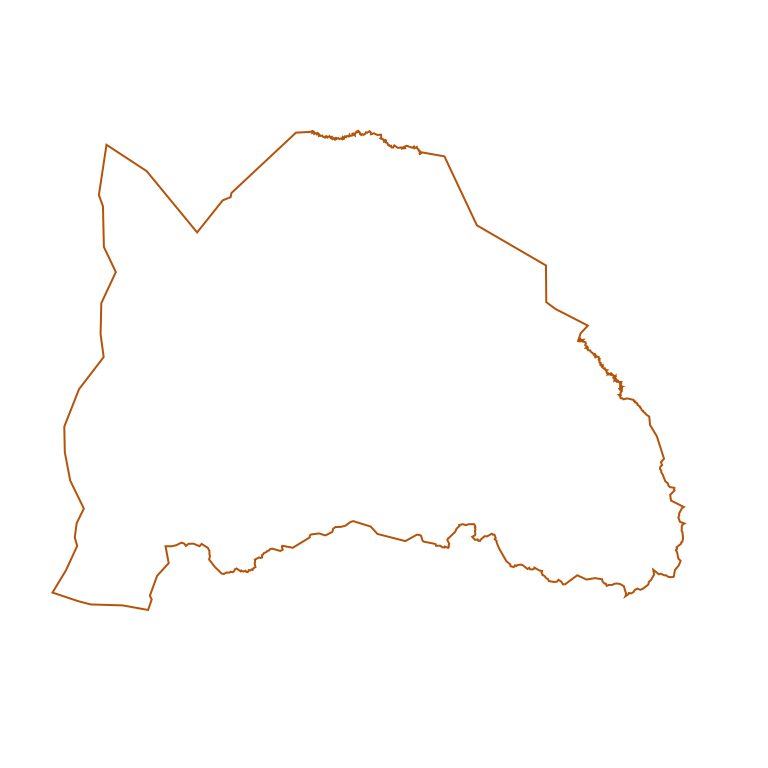 Xalx gol, Dornod, Mongolia (Albers equal-area conic projection), rotated 6°
{"feature_id": "93677404B3085807680593", "entity_name": "Xalx gol", "entity_type": "district", "adm_level": 2, "iso_a3": "MNG", "parent_name": "Mongolia", "parent_adm1": "Dornod", "projection": "albers", "projection_center": [119.062, 47.201], "detail": "fine", "context": "isolated", "style": "outline", "palette": "amber", "viewbox_px": 768, "rotation_deg": 6, "n_neighbors": 0, "source": "geoboundaries", "source_scale": "gbopen_adm2", "svg_char_len": 6147}
<svg xmlns="http://www.w3.org/2000/svg" viewBox="0 0 768 768"><g transform="rotate(6 384 384)"><path d="M76.1,626.1L102.4,631.9L115.3,633.9L147.1,631.5L173.0,633.4L175.5,622.6L173.3,619.1L178.4,598.5L188.6,584.7L183.7,568.2L189.7,567.6L194.4,566.0L198.9,563.0L201.9,563.5L204.0,565.7L206.2,563.4L211.2,562.7L217.5,564.6L219.3,562.1L226.0,565.4L227.8,568.2L228.3,572.0L229.0,573.3L228.4,576.8L235.1,583.8L242.4,589.5L244.6,589.7L247.0,588.0L250.2,587.7L251.0,586.7L253.0,587.0L254.2,586.2L255.2,583.8L256.6,582.9L261.1,585.3L261.5,584.4L263.6,585.3L265.7,584.2L266.9,585.3L268.1,585.3L269.0,583.2L270.3,583.5L271.4,582.3L272.8,582.6L273.2,581.1L275.3,579.5L274.1,575.9L274.4,573.9L273.9,572.2L277.9,569.5L279.7,569.9L280.9,569.2L280.7,566.7L281.6,566.2L282.2,564.7L284.7,563.4L285.0,562.6L287.2,561.4L287.9,560.2L290.1,559.4L298.3,560.9L300.6,559.4L299.4,556.4L299.8,555.5L310.4,556.4L326.1,544.4L326.1,542.3L327.4,541.2L335.1,539.4L341.2,540.7L342.4,540.2L348.1,536.5L348.5,533.4L350.5,531.4L355.9,530.6L360.4,529.0L365.1,524.7L367.7,523.6L385.8,527.2L393.1,533.8L421.7,538.0L432.3,530.5L435.1,530.3L436.8,531.2L438.6,535.6L439.9,536.6L450.7,537.6L452.2,538.0L452.7,539.5L456.6,538.9L459.2,540.3L461.2,540.3L461.5,539.3L464.9,540.3L465.6,539.1L465.1,537.7L465.6,536.1L463.3,532.6L463.5,531.5L470.2,523.6L471.3,520.3L473.8,517.4L473.5,516.4L477.0,515.2L480.4,515.8L483.2,514.5L488.4,514.0L489.9,516.6L489.4,517.1L490.2,519.3L489.8,520.2L490.5,523.5L490.3,524.9L487.7,526.8L490.9,529.5L493.5,528.8L494.0,530.0L495.9,530.1L496.3,528.8L499.9,524.9L502.7,524.6L506.9,521.6L508.2,522.5L509.6,522.3L511.2,525.5L510.3,526.7L512.5,528.4L512.6,529.9L515.6,535.4L524.2,547.4L528.5,550.3L528.8,552.0L532.2,552.5L533.3,550.6L534.5,551.3L535.5,550.2L538.9,549.3L541.1,549.8L546.1,553.0L547.7,551.6L548.6,553.0L551.1,552.9L552.7,552.0L552.8,550.9L558.2,553.3L560.7,553.4L560.4,555.3L561.5,556.6L561.5,557.4L563.5,558.0L565.8,560.3L567.3,560.7L568.6,562.8L574.3,563.1L576.8,562.4L578.1,560.5L580.8,561.9L583.1,564.6L585.1,564.2L596.2,554.0L605.8,557.3L614.3,555.0L621.2,555.4L622.1,557.6L624.0,559.4L625.4,559.3L626.5,561.5L628.7,560.3L632.3,559.9L633.9,558.6L637.0,558.0L640.2,558.4L643.7,560.1L646.9,567.9L646.3,569.8L649.0,567.5L649.3,566.3L651.8,566.4L653.9,564.8L654.8,562.8L657.3,561.0L660.4,561.9L663.0,560.4L667.3,556.4L668.0,555.2L668.0,553.2L670.0,551.1L672.5,545.2L671.2,540.6L677.4,544.6L679.0,543.7L682.8,545.0L684.8,544.8L686.2,545.9L689.6,546.2L692.3,545.4L692.8,538.6L696.0,533.8L697.4,529.4L697.4,528.8L695.0,526.9L693.0,520.5L691.6,518.8L692.7,517.4L692.0,515.9L696.3,511.6L696.2,509.5L696.5,510.2L697.3,509.4L697.5,505.9L696.3,500.1L695.4,499.1L695.0,494.0L695.4,493.0L697.4,491.3L692.8,490.2L690.7,486.1L691.4,483.8L691.0,482.0L693.3,476.4L695.0,475.0L681.6,469.9L680.2,464.3L684.1,459.4L683.5,458.5L683.6,456.9L679.5,456.7L677.7,455.7L676.7,453.2L673.9,451.3L670.6,444.8L669.0,442.9L668.8,441.2L667.3,439.5L667.4,437.6L669.0,435.7L667.6,432.7L670.3,429.1L660.9,407.6L652.9,397.0L651.2,388.7L647.5,386.7L647.1,385.8L644.6,384.4L644.6,383.7L643.1,383.1L642.1,381.2L641.0,380.6L641.0,379.8L638.1,378.1L638.2,377.3L637.2,376.3L635.6,376.1L635.6,375.0L634.3,374.8L633.8,373.7L627.4,372.9L623.6,374.2L622.8,373.4L620.7,373.3L620.2,371.6L618.9,370.4L620.6,370.3L620.0,368.4L621.3,366.1L620.5,364.8L620.1,365.7L618.5,364.0L619.1,363.5L619.9,363.9L619.7,364.6L620.4,363.8L621.1,364.3L621.2,362.7L620.7,362.4L620.0,363.2L619.4,362.4L620.8,361.7L619.1,361.6L618.9,360.5L619.7,360.1L619.2,359.5L619.6,358.8L618.9,358.6L619.7,357.3L616.7,357.4L616.5,356.6L615.4,357.5L614.5,356.8L615.2,355.9L614.7,355.2L612.8,356.7L612.9,355.3L612.1,354.4L613.6,354.5L613.0,353.9L613.4,353.0L612.4,353.4L612.8,352.2L611.7,353.2L611.5,351.7L609.4,351.2L610.0,350.6L609.6,350.3L608.7,350.9L608.4,349.7L606.6,351.0L605.9,350.1L605.3,350.8L605.3,349.8L604.6,349.4L603.6,349.6L604.2,349.1L603.7,347.9L604.5,347.0L602.9,346.9L602.1,345.4L601.4,345.9L599.3,344.5L599.9,343.3L599.6,342.3L598.2,343.2L597.3,342.5L597.7,342.1L597.2,341.8L597.5,340.6L596.0,340.1L596.0,338.4L595.1,337.6L595.9,336.5L595.0,336.0L594.7,334.7L593.1,334.4L591.4,335.4L591.0,334.6L592.0,334.0L590.6,332.1L589.4,332.9L589.0,331.9L586.0,330.1L585.6,329.0L583.4,329.0L582.7,328.2L583.0,327.0L580.9,327.0L582.1,325.5L580.0,324.3L580.5,322.4L580.0,321.4L576.8,320.9L577.7,319.2L575.9,319.7L575.0,318.9L575.2,320.1L574.5,320.1L574.4,321.1L572.5,321.0L574.3,313.0L580.6,304.6L546.7,291.5L536.8,285.6L532.7,249.2L459.8,216.5L420.3,151.3L397.8,149.7L395.7,151.6L395.2,150.8L395.8,149.0L394.0,148.3L393.9,147.1L392.5,146.4L391.8,144.8L389.6,146.4L388.9,144.7L387.5,146.1L381.6,144.7L379.6,145.8L380.3,147.3L378.2,147.7L377.9,147.1L377.1,148.0L376.2,146.9L373.2,147.8L369.3,145.6L368.5,147.8L366.7,148.0L366.1,146.3L364.5,146.7L364.1,145.9L362.9,145.7L362.2,144.0L360.5,143.5L360.6,141.8L360.1,141.2L359.2,141.5L359.4,142.6L358.7,143.0L357.8,140.8L354.7,140.1L355.5,138.8L355.0,136.4L351.2,137.0L347.8,135.7L345.0,137.0L344.6,135.2L343.2,134.1L341.0,135.9L339.7,135.6L339.0,137.4L337.7,138.3L336.2,137.7L335.6,138.8L334.1,138.1L333.8,136.6L332.0,134.9L331.4,135.6L331.8,137.0L330.7,135.7L329.8,136.5L328.9,138.9L329.1,139.9L327.4,139.1L327.2,138.5L327.9,138.1L327.2,138.0L326.4,138.5L326.9,139.4L326.3,140.3L324.3,140.8L323.7,139.8L323.2,141.5L321.4,141.2L320.4,142.5L319.4,141.8L318.7,143.5L317.1,142.5L316.9,143.3L317.9,144.6L316.9,145.0L315.6,144.3L313.9,145.0L312.8,144.2L310.8,145.5L310.9,144.3L310.4,144.1L309.5,144.6L309.3,145.8L308.0,144.8L307.2,145.8L305.5,145.0L306.1,143.7L304.7,144.0L303.9,143.2L303.5,144.0L302.3,144.0L302.0,144.6L300.7,143.5L300.0,143.9L300.3,144.9L299.8,145.2L297.4,144.4L296.7,143.4L294.6,144.0L293.9,143.0L293.2,143.8L292.6,141.9L291.9,141.4L291.2,142.5L290.7,141.6L288.6,142.5L288.7,141.3L288.2,140.8L286.7,141.6L287.2,140.1L286.4,139.8L284.4,141.0L270.2,143.2L212.3,210.0L211.9,214.2L204.4,218.2L182.3,252.8L125.7,197.1L83.0,175.1L80.7,225.9L85.9,236.6L91.1,277.0L105.6,300.7L94.4,333.2L96.9,364.0L102.4,386.5L81.2,421.1L70.5,459.8L73.7,485.3L82.0,512.8L98.5,539.3L92.9,554.5L92.5,569.0L95.8,577.1L87.2,602.5L76.1,626.1Z" fill="none" stroke="#b45309" stroke-width="2"/></g></svg>